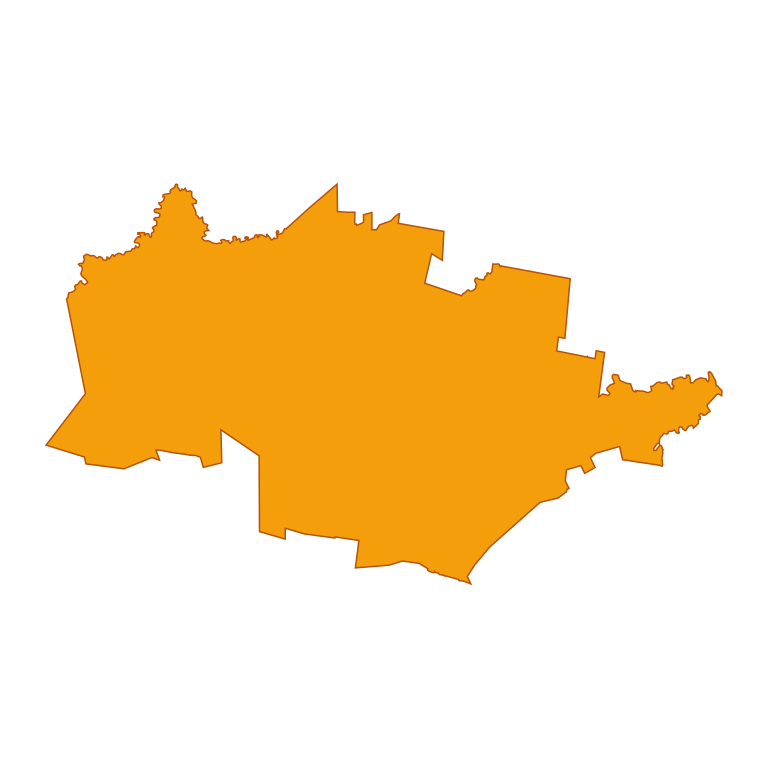 Burgos, Tamaulipas, Mexico
{"feature_id": "50627088B41122699535923", "entity_name": "Burgos", "entity_type": "district", "adm_level": 2, "iso_a3": "MEX", "parent_name": "Mexico", "parent_adm1": "Tamaulipas", "projection": "robinson", "projection_center": [-98.996, 24.926], "detail": "fine", "context": "isolated", "style": "filled", "palette": "amber", "viewbox_px": 768, "rotation_deg": 0, "n_neighbors": 0, "source": "geoboundaries", "source_scale": "gbopen_adm2", "svg_char_len": 6091}
<svg xmlns="http://www.w3.org/2000/svg" viewBox="0 0 768 768"><path d="M190.2,190.9L186.9,191.5L185.2,188.2L184.0,189.8L183.0,189.9L182.0,189.0L180.9,190.8L180.1,190.9L178.9,188.6L177.6,187.3L177.5,184.8L176.2,184.1L175.3,184.9L174.7,187.4L170.4,189.9L170.1,191.0L170.4,192.8L169.8,193.5L164.7,194.2L163.2,195.0L162.8,196.8L164.0,196.5L164.6,197.3L163.6,200.4L161.2,202.5L158.8,202.9L159.0,203.9L161.3,206.3L161.1,208.3L160.1,209.0L156.3,208.8L154.8,209.4L154.3,210.3L154.5,211.6L155.3,212.5L158.4,213.0L160.1,214.3L159.5,216.6L158.6,217.6L155.7,217.5L153.8,218.9L154.0,219.8L156.1,220.5L157.0,222.5L156.5,225.7L154.7,226.0L152.5,227.5L152.5,228.2L153.8,229.6L153.8,231.7L151.6,233.2L151.3,234.6L151.6,236.2L150.8,237.3L149.7,236.8L148.9,234.2L148.1,233.6L147.1,233.6L145.0,235.1L144.2,234.5L144.9,233.1L144.3,232.6L137.8,232.7L137.7,234.0L139.9,234.3L140.6,236.4L140.1,237.3L138.9,236.6L137.6,237.1L135.2,239.8L134.4,241.5L134.8,242.6L138.0,242.9L139.3,243.8L139.5,245.8L137.7,247.7L135.7,246.0L134.5,248.8L132.3,248.8L131.3,250.7L130.3,251.2L125.8,251.7L123.9,254.6L122.2,254.7L120.2,253.5L118.5,253.4L115.8,254.7L114.4,256.4L113.3,254.9L112.3,254.8L109.3,258.8L108.4,258.5L107.7,257.2L106.8,257.2L107.1,259.1L105.7,260.3L103.4,260.0L101.9,257.5L99.3,256.5L97.9,257.8L96.8,258.0L93.9,255.6L90.2,255.8L88.2,254.5L86.5,254.3L83.8,255.9L83.6,256.8L84.5,259.7L82.7,263.4L79.7,263.5L78.5,264.2L80.0,266.0L81.4,265.8L82.0,267.1L82.2,269.8L80.9,273.4L81.4,275.6L85.2,278.9L87.4,281.7L87.5,282.7L84.6,284.7L82.1,283.2L81.5,281.0L80.3,281.0L77.6,284.6L75.6,285.0L75.0,285.7L74.7,286.7L75.5,288.9L74.5,290.7L71.9,292.1L68.9,292.8L68.3,294.4L68.0,297.4L66.6,298.9L85.4,393.7L46.1,445.1L84.4,457.0L86.0,463.9L124.0,468.8L151.9,457.6L159.6,460.2L156.0,450.2L159.6,450.1L171.8,452.5L183.7,454.2L184.6,453.9L185.7,454.5L191.0,455.3L195.8,455.5L200.4,457.3L203.3,467.4L221.8,462.7L220.9,429.8L259.1,455.8L259.5,531.6L285.2,539.1L285.3,528.3L304.7,534.0L334.9,538.0L335.1,536.9L358.9,540.5L355.4,567.9L389.4,565.1L402.6,561.0L419.2,563.4L427.8,568.7L427.7,570.1L428.9,571.1L432.7,572.6L434.3,572.6L434.8,571.4L435.3,572.3L438.6,573.3L439.3,574.5L444.1,575.3L444.7,576.1L446.0,576.0L458.7,579.5L459.0,580.8L462.9,580.9L470.8,583.9L467.3,576.6L474.7,564.9L489.9,546.8L540.1,502.3L558.2,498.0L566.5,491.6L567.0,489.4L569.0,488.4L565.3,481.0L566.5,469.8L580.9,465.6L584.7,473.4L595.1,467.5L590.4,457.6L595.8,453.3L619.6,446.5L622.6,459.7L659.6,465.3L662.3,466.2L662.7,464.9L661.9,458.2L662.9,452.9L662.5,451.8L663.1,449.4L662.5,448.9L661.6,446.1L659.9,444.9L655.9,450.5L653.8,450.4L653.6,448.7L657.1,443.6L659.3,443.5L659.3,440.8L660.2,437.4L662.5,435.4L663.5,433.5L667.1,434.0L668.3,433.1L668.2,431.9L669.4,431.1L671.7,431.4L674.3,430.0L675.6,431.4L676.1,432.7L678.4,433.3L679.2,432.9L679.2,432.2L678.5,430.9L678.9,427.9L680.0,426.7L682.3,427.4L682.4,428.7L685.0,430.5L685.9,430.3L688.5,426.3L691.6,425.4L692.7,425.8L693.4,428.2L698.5,423.3L698.5,420.3L699.0,419.5L700.2,419.2L700.2,418.2L700.1,416.4L698.9,415.9L698.9,415.2L699.6,415.0L700.2,413.8L700.8,413.4L702.7,414.1L703.0,415.2L704.8,415.2L710.1,411.3L707.7,407.5L707.1,405.1L717.0,394.3L718.4,394.0L721.7,395.7L721.9,390.8L717.0,385.5L716.1,385.7L715.7,381.4L711.6,373.4L709.7,371.7L708.6,372.2L709.0,372.5L708.3,373.4L709.1,377.6L708.8,380.5L708.1,381.7L707.0,381.2L706.2,379.0L700.7,377.8L695.7,379.8L693.1,382.8L690.7,382.8L690.2,382.6L690.6,380.9L689.6,376.1L688.7,375.0L687.0,375.0L686.2,376.0L686.7,377.4L685.7,378.3L683.5,378.5L682.0,377.1L680.0,377.2L672.7,379.9L672.0,384.0L674.0,386.6L672.9,387.3L673.0,389.0L671.3,388.8L669.3,385.2L667.5,384.2L666.8,382.0L661.7,383.3L660.1,382.1L658.5,382.1L656.9,382.7L652.6,386.3L650.8,386.3L651.5,390.1L651.2,391.0L650.1,391.9L648.0,392.5L646.6,392.4L644.4,391.3L636.8,390.7L635.6,390.6L635.7,391.8L634.1,391.5L632.7,390.3L630.6,383.9L626.2,383.2L620.6,380.8L619.5,379.5L618.5,376.0L617.8,375.1L613.5,374.4L612.4,375.4L612.3,378.2L613.9,381.2L614.3,383.4L610.1,385.0L607.1,388.0L606.9,390.0L609.9,393.3L609.2,394.9L608.1,395.4L602.6,394.0L598.7,396.9L604.6,352.4L596.2,350.7L595.1,358.7L587.9,357.2L587.3,356.4L586.9,357.0L556.6,350.9L558.5,337.1L564.9,338.3L570.2,278.7L501.3,266.0L501.1,266.8L500.4,266.8L499.0,264.3L498.0,263.8L495.9,264.2L492.8,264.0L491.9,271.7L490.1,274.0L488.1,272.8L486.9,273.3L487.1,274.8L484.8,277.0L484.9,277.8L483.4,280.0L478.3,279.1L477.1,277.9L475.9,278.1L475.0,279.2L474.7,280.9L476.6,284.7L475.7,286.2L475.8,287.9L474.3,289.7L471.5,291.1L470.1,291.4L468.7,289.9L467.6,290.1L465.6,292.1L462.8,293.8L461.7,295.8L424.7,283.2L431.6,253.7L442.3,260.3L443.9,231.4L398.2,223.3L399.5,213.7L398.1,214.1L394.6,216.9L391.0,220.8L379.5,224.9L376.5,229.8L371.9,229.7L371.9,212.5L363.5,214.8L363.5,222.4L356.8,225.4L356.3,224.1L355.0,224.1L354.7,222.3L354.9,212.2L348.5,212.3L337.5,211.5L337.1,184.1L309.7,207.5L286.0,229.0L284.7,228.7L282.5,232.8L281.5,233.6L277.5,234.8L277.5,234.0L278.8,232.1L277.8,230.6L277.1,230.7L276.2,232.5L276.8,233.8L276.5,235.6L277.6,236.8L277.2,238.1L275.1,238.7L274.2,237.9L272.4,239.6L271.2,240.0L270.6,238.5L267.0,234.3L266.6,234.7L266.8,236.4L265.8,236.9L262.6,235.2L259.2,234.7L258.7,237.1L258.0,237.5L257.2,237.0L257.4,235.1L256.1,234.8L255.1,235.3L254.1,237.7L248.0,240.4L247.4,239.7L248.3,238.4L248.2,237.5L246.7,236.8L245.2,237.1L245.0,238.2L246.2,237.8L246.8,238.2L246.7,238.9L244.7,241.0L240.8,242.0L240.0,241.5L240.0,239.0L238.9,238.7L236.4,240.1L236.4,237.8L235.7,236.6L234.5,236.3L233.4,236.6L232.9,237.6L232.9,238.9L233.5,239.8L233.3,240.6L230.0,243.4L229.1,242.5L228.6,240.6L226.1,241.0L224.8,239.9L222.9,239.5L220.8,240.2L221.7,242.2L221.1,243.4L219.0,243.0L216.8,243.7L213.2,243.2L208.2,240.7L205.1,241.0L202.3,239.0L201.9,238.2L202.1,237.2L205.2,236.1L206.0,235.3L204.4,233.4L204.1,231.9L206.0,230.8L208.9,230.6L206.7,228.2L207.7,225.0L206.4,224.1L204.5,223.8L203.6,222.7L202.6,220.5L202.8,218.2L202.3,217.1L200.4,218.4L198.8,218.4L197.7,216.1L195.8,214.6L195.9,212.2L195.2,210.1L192.2,204.0L196.1,203.3L196.5,201.0L195.2,199.5L192.5,197.8L191.6,195.4L191.8,191.9L190.2,190.9Z" fill="#f59e0b" stroke="#b45309" stroke-width="1.5"/></svg>